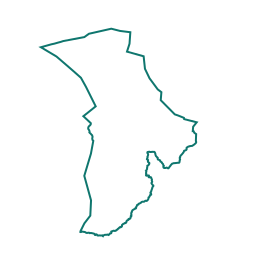 Altanco'gc, Bayan-Ölgiy, Mongolia (Equal Earth projection), rotated 168°
{"feature_id": "93677404B16075742501612", "entity_name": "Altanco'gc", "entity_type": "district", "adm_level": 2, "iso_a3": "MNG", "parent_name": "Mongolia", "parent_adm1": "Bayan-Ölgiy", "projection": "equal_earth", "projection_center": [90.479, 48.976], "detail": "fine", "context": "isolated", "style": "outline", "palette": "teal", "viewbox_px": 256, "rotation_deg": 168, "n_neighbors": 0, "source": "geoboundaries", "source_scale": "gbopen_adm2", "svg_char_len": 5541}
<svg xmlns="http://www.w3.org/2000/svg" viewBox="0 0 256 256"><g transform="rotate(168 128 128)"><path d="M196.2,36.2L195.8,36.0L195.5,36.0L194.8,36.2L194.5,36.2L194.1,36.1L192.6,35.5L191.9,35.3L191.1,34.6L190.6,34.1L190.4,34.0L190.0,34.0L189.4,33.8L188.4,33.8L187.6,33.5L187.3,33.1L186.0,33.0L185.1,32.6L184.6,32.4L183.2,31.7L182.5,31.1L182.3,30.9L182.6,30.4L182.5,30.2L182.3,30.1L182.1,30.1L181.9,30.2L181.5,30.4L181.2,30.5L180.9,30.5L180.7,30.3L180.5,30.0L180.4,29.7L180.1,29.5L180.1,29.2L179.6,29.0L177.8,28.8L177.1,28.5L176.4,28.4L175.8,28.3L175.6,28.3L175.4,28.3L175.3,28.1L175.2,27.6L175.0,27.4L174.7,27.8L174.0,28.1L173.4,28.3L172.7,28.3L172.1,28.2L171.0,28.0L170.5,28.0L170.1,28.0L169.8,27.8L169.4,27.4L168.5,27.7L168.3,28.0L168.0,28.2L167.8,28.5L167.6,28.6L167.0,28.5L166.6,28.5L166.3,28.6L165.9,29.5L165.9,30.2L165.6,30.3L165.3,30.2L164.9,30.2L164.4,30.4L163.8,30.5L163.3,30.5L162.9,30.3L162.5,30.1L162.2,30.0L161.9,30.0L161.6,30.2L161.2,30.3L160.8,30.2L160.5,30.4L160.1,30.8L159.4,30.9L159.1,31.1L158.8,31.5L158.4,31.6L158.0,31.7L157.5,32.2L157.1,32.4L156.8,32.4L156.4,32.4L156.4,32.6L156.2,32.8L155.9,32.7L155.4,32.7L155.0,32.6L154.8,32.7L154.6,32.9L154.4,33.1L154.4,33.5L154.2,33.7L154.1,34.1L153.9,34.5L153.2,34.8L152.6,35.2L152.1,35.2L151.7,35.3L151.0,35.7L150.5,35.6L150.2,35.5L149.9,35.8L149.4,35.9L149.2,36.2L149.1,36.6L148.9,37.1L148.3,37.5L148.2,37.7L147.9,37.8L147.2,37.9L146.9,38.0L146.8,38.3L146.7,38.6L146.2,38.9L145.7,38.6L145.4,38.7L144.5,39.1L144.4,39.5L144.3,39.8L144.0,40.2L143.9,40.5L143.3,40.7L143.0,41.2L142.9,41.6L143.2,42.0L142.9,42.3L142.6,42.8L142.6,43.9L142.2,44.6L141.7,45.0L141.6,45.6L141.2,45.9L141.0,46.3L140.6,46.7L137.6,47.7L137.3,47.6L136.8,47.9L136.7,48.3L136.9,48.6L136.6,48.9L136.1,49.2L135.7,49.8L135.4,50.3L135.2,50.7L134.7,50.9L133.9,50.9L133.7,51.0L133.4,51.6L133.1,51.7L131.9,51.9L131.3,52.0L130.5,52.5L130.3,52.7L130.0,52.8L129.3,52.9L128.9,52.9L128.3,52.7L127.6,52.6L127.3,52.7L126.2,53.2L125.8,53.2L124.9,52.8L124.4,53.0L124.2,53.1L123.4,53.7L123.0,54.2L122.8,54.4L122.6,54.8L122.5,55.5L122.2,55.9L121.7,56.0L121.0,56.7L120.8,57.0L120.7,57.4L120.5,57.7L120.3,57.8L119.7,57.8L119.2,58.0L119.1,58.4L119.1,58.9L119.1,59.2L119.4,59.6L119.6,59.9L119.4,60.2L119.2,60.5L118.8,60.8L118.5,61.1L118.4,61.4L118.1,62.1L117.6,62.7L117.2,63.5L116.9,63.9L116.6,64.7L116.3,65.1L115.8,65.5L115.3,65.9L115.2,66.2L115.2,66.5L115.6,66.8L115.8,67.2L115.9,67.6L116.1,67.9L116.5,68.9L116.5,69.2L116.4,69.5L116.2,69.7L115.9,69.9L115.6,70.2L115.5,70.5L115.6,71.1L115.7,71.7L115.4,72.2L115.3,72.6L115.3,72.8L115.7,74.0L115.6,74.4L115.7,74.7L115.8,75.0L116.0,75.2L116.4,75.3L117.3,75.3L117.7,75.4L117.9,75.6L118.0,75.9L117.8,76.2L117.5,76.5L117.4,76.9L117.5,77.2L117.8,77.3L118.5,77.2L118.7,77.3L119.2,77.7L119.7,77.5L120.0,77.6L120.2,77.9L120.2,78.3L119.7,78.8L119.6,79.0L119.6,79.3L119.7,79.6L119.8,79.9L119.6,80.6L119.1,81.6L119.3,82.3L119.0,82.4L118.8,82.8L118.7,83.0L118.3,83.5L117.9,83.9L117.9,84.2L117.7,84.5L117.6,85.2L117.3,85.6L117.2,86.0L117.0,86.7L116.9,87.1L116.0,87.3L115.6,87.5L114.8,88.3L114.8,88.6L114.4,89.1L114.4,89.4L114.5,89.6L114.9,90.0L115.1,90.2L115.4,90.5L115.5,91.1L115.2,91.9L115.1,92.2L115.0,92.5L115.2,92.8L115.4,93.0L115.8,93.2L116.0,93.5L115.9,93.8L115.7,94.1L115.2,94.6L115.0,94.9L115.1,95.6L114.7,96.1L114.2,97.0L113.9,97.5L113.8,97.8L113.8,98.3L113.9,98.7L114.2,99.4L114.1,100.2L113.8,100.4L112.5,100.4L112.2,100.4L111.9,100.3L111.6,100.0L110.3,99.7L110.0,99.7L109.6,99.7L108.9,99.6L108.7,99.5L107.3,99.2L107.0,98.9L106.8,98.4L106.6,97.2L106.7,96.4L106.6,95.3L106.4,94.6L106.2,94.3L105.9,93.9L105.7,93.4L105.4,93.1L105.1,92.5L105.4,91.8L105.4,91.3L105.3,91.0L104.3,90.4L103.6,89.9L103.3,89.6L103.4,89.3L103.4,88.9L103.1,88.3L102.7,88.0L102.2,87.5L102.0,87.0L102.0,86.6L101.8,86.2L101.4,85.7L101.2,85.3L101.2,84.5L101.1,84.0L100.8,83.5L101.1,83.1L101.4,83.0L101.5,82.7L101.5,82.1L101.4,81.8L101.0,81.4L100.7,81.3L100.1,81.2L99.6,81.1L99.0,81.2L98.3,81.2L97.5,80.4L96.9,80.2L96.4,80.5L96.2,80.6L95.9,81.0L95.4,81.4L95.0,81.8L94.5,82.1L94.1,82.6L92.3,83.9L91.7,83.9L91.4,84.0L90.9,84.1L90.3,84.0L89.9,84.0L89.6,83.9L88.4,83.8L87.4,83.7L86.2,83.6L85.9,83.5L85.5,83.4L85.1,83.5L84.9,83.7L84.7,84.0L84.4,84.8L84.3,85.4L84.1,85.9L83.8,86.0L83.6,86.3L83.6,86.9L83.7,87.4L83.6,88.1L83.5,88.3L83.3,88.4L83.1,88.5L83.0,89.1L82.8,89.3L82.2,90.1L81.2,90.7L79.5,92.0L79.4,92.2L79.0,92.4L78.6,92.9L78.3,93.2L78.1,93.6L77.9,94.0L77.6,94.1L77.4,94.0L77.0,94.1L76.6,94.2L75.9,94.3L75.4,94.6L75.0,95.2L75.0,95.8L74.9,95.9L74.7,96.6L73.9,96.9L73.1,97.2L72.6,97.3L71.5,97.3L71.4,97.4L71.1,97.4L70.1,97.3L69.1,97.2L68.8,97.2L68.5,97.3L67.7,97.7L66.6,98.1L66.0,98.5L65.2,98.9L64.9,99.1L64.3,99.8L64.2,100.6L64.2,100.8L64.3,100.9L64.3,101.3L62.6,107.9L64.1,109.5L64.2,110.0L64.4,110.5L64.4,111.0L64.6,111.4L65.3,111.5L64.0,115.7L59.6,119.3L71.2,125.0L71.2,126.3L73.7,128.0L76.7,130.0L79.4,131.6L90.2,148.4L87.9,156.1L90.9,159.6L96.6,172.1L99.1,182.4L97.8,194.9L113.1,202.9L109.0,210.1L105.8,221.2L115.6,224.6L123.7,228.6L146.6,228.3L151.8,226.0L173.3,226.5L176.0,226.2L178.2,226.1L182.6,225.8L185.4,225.8L196.4,225.1L183.1,212.8L170.7,196.5L163.6,186.9L160.5,176.8L155.1,155.9L169.2,148.8L163.4,140.5L163.5,139.8L163.7,139.4L164.1,138.9L164.8,138.4L165.7,137.9L166.3,137.4L166.8,136.6L167.0,136.0L167.0,135.1L166.7,134.6L166.4,133.5L166.3,132.6L166.7,131.7L166.3,131.0L165.8,130.4L164.9,128.7L164.6,128.4L164.5,126.7L165.1,125.4L165.2,124.6L165.2,123.7L164.6,122.7L169.6,110.6L180.7,90.3L179.2,64.9L183.1,50.1L190.5,43.8L195.9,37.0L196.2,36.2Z" fill="none" stroke="#0f766e" stroke-width="2"/></g></svg>